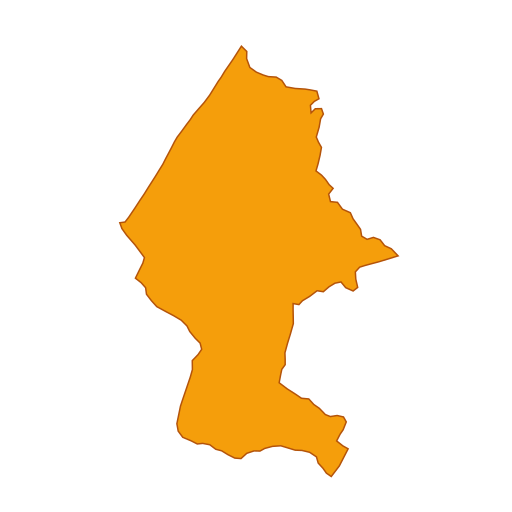 Recife, Pernambuco, Brazil (Mercator projection), rotated 190°
{"feature_id": "56859067B84901972140981", "entity_name": "Recife", "entity_type": "district", "adm_level": 2, "iso_a3": "BRA", "parent_name": "Brazil", "parent_adm1": "Pernambuco", "projection": "mercator", "projection_center": [-34.943, -8.042], "detail": "fine", "context": "isolated", "style": "filled", "palette": "amber", "viewbox_px": 512, "rotation_deg": 190, "n_neighbors": 0, "source": "geoboundaries", "source_scale": "gbopen_adm2", "svg_char_len": 2262}
<svg xmlns="http://www.w3.org/2000/svg" viewBox="0 0 512 512"><g transform="rotate(190 256 256)"><path d="M150.4,242.7L153.7,250.5L155.4,257.6L152.0,263.0L147.2,265.5L141.9,268.0L134.1,271.6L116.1,280.8L124.0,286.6L131.1,288.5L136.6,293.5L143.6,294.7L149.5,291.7L155.4,293.9L157.7,300.4L162.2,304.9L166.9,309.5L170.6,315.0L179.0,317.1L185.1,323.0L192.1,322.5L195.2,329.6L191.8,336.0L196.3,338.9L200.9,343.5L205.5,347.0L211.7,350.2L210.9,357.5L210.4,366.3L210.4,374.3L214.3,379.0L217.3,383.6L216.2,393.8L216.2,402.3L214.3,407.5L217.1,412.5L223.2,411.3L226.6,406.5L228.6,413.9L225.4,418.4L221.3,421.8L224.7,428.9L231.4,429.0L236.7,428.9L246.5,427.8L255.8,427.8L261.1,433.4L267.2,435.7L275.0,434.8L280.4,435.5L287.5,437.1L294.8,440.6L299.5,448.7L300.6,455.8L306.8,460.1L309.8,452.9L312.7,445.9L315.1,440.6L318.8,432.6L321.3,426.1L323.5,421.5L326.3,414.5L329.5,406.5L333.6,398.3L338.4,390.4L342.3,383.9L344.6,378.5L347.1,373.7L350.8,366.1L354.2,359.5L356.1,354.4L357.8,348.8L359.7,342.8L361.7,336.7L363.7,330.1L366.2,323.9L368.9,317.0L373.9,305.0L376.9,297.5L379.6,291.5L383.6,282.1L388.2,271.8L390.9,266.7L395.9,265.1L392.8,259.7L386.9,253.9L376.9,245.8L365.6,235.1L366.2,229.3L368.2,222.6L370.9,213.2L364.5,209.8L359.2,205.6L357.2,199.3L351.3,193.9L344.9,188.9L334.5,185.4L326.7,182.9L318.5,179.8L311.8,175.1L308.1,170.1L301.4,164.3L295.9,160.5L293.3,154.7L295.9,148.9L300.6,141.9L298.9,133.1L299.7,125.2L303.1,103.2L304.3,95.1L304.8,77.1L302.2,70.0L296.6,64.7L287.7,62.7L281.2,60.7L275.9,62.2L268.7,62.1L262.1,58.7L256.0,58.2L249.2,55.5L241.8,53.3L235.6,53.9L230.8,60.1L224.1,63.7L218.2,64.6L214.0,68.0L206.7,71.4L198.6,73.4L191.0,72.5L183.7,71.6L177.0,72.5L169.1,72.0L161.6,68.7L158.8,62.9L153.2,58.6L149.0,54.4L143.6,51.9L137.5,63.7L131.8,82.1L137.5,84.1L144.5,87.9L142.2,95.2L140.0,100.0L138.3,108.3L141.9,112.7L148.4,113.0L154.9,110.8L160.2,111.9L167.2,117.0L173.3,119.8L179.2,124.4L186.5,123.8L192.7,126.6L202.3,130.6L211.2,135.2L211.1,143.7L210.9,148.9L208.4,154.0L209.3,159.1L210.7,165.7L209.8,175.5L208.6,185.1L207.5,195.9L208.6,201.7L210.1,209.3L211.2,215.6L205.3,215.6L202.5,220.0L196.0,225.7L189.8,232.4L183.5,232.5L178.7,238.4L173.6,242.9L167.8,245.2L162.2,240.4L154.3,238.4L150.4,242.7Z" fill="#f59e0b" stroke="#b45309" stroke-width="1.5"/></g></svg>